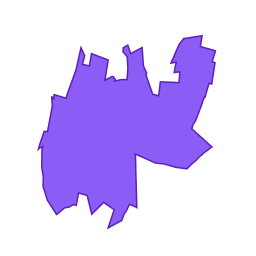 Bustamante, Tamaulipas, Mexico, rotated 188°
{"feature_id": "50627088B16485273598132", "entity_name": "Bustamante", "entity_type": "district", "adm_level": 2, "iso_a3": "MEX", "parent_name": "Mexico", "parent_adm1": "Tamaulipas", "projection": "equal_earth", "projection_center": [-99.943, 23.324], "detail": "fine", "context": "isolated", "style": "filled", "palette": "violet", "viewbox_px": 256, "rotation_deg": 188, "n_neighbors": 0, "source": "geoboundaries", "source_scale": "gbopen_adm2", "svg_char_len": 2210}
<svg xmlns="http://www.w3.org/2000/svg" viewBox="0 0 256 256"><g transform="rotate(188 128 128)"><path d="M56.0,169.3L54.0,183.6L51.2,183.2L51.2,183.9L50.9,204.8L53.9,205.4L52.9,211.5L52.1,216.6L54.0,216.9L55.1,217.0L56.2,217.2L56.3,217.2L57.0,217.3L57.9,217.4L58.0,217.4L58.5,217.5L59.3,217.6L59.5,217.6L59.8,217.6L60.0,217.7L60.3,217.7L60.9,217.8L67.7,218.8L67.5,229.7L83.5,224.8L85.2,224.4L86.7,221.9L89.1,217.7L92.1,206.8L92.2,206.6L92.6,205.1L92.4,204.7L92.7,203.8L93.4,202.1L93.6,201.6L94.1,199.9L94.5,198.2L91.9,199.1L89.9,199.8L89.5,199.9L89.5,199.2L89.6,197.1L89.7,195.5L90.0,189.4L84.6,190.8L84.2,186.6L84.1,184.4L83.9,180.0L84.9,179.9L86.0,179.8L90.7,179.4L92.4,179.2L96.9,178.7L98.1,178.7L100.2,178.4L102.4,178.2L102.2,168.9L102.2,164.2L108.3,164.9L117.9,183.7L117.1,184.9L121.4,191.7L125.2,209.6L135.7,202.0L139.7,210.0L143.9,206.8L143.6,202.8L138.5,198.3L138.2,196.0L136.4,186.7L135.7,175.8L141.2,175.0L141.5,175.0L147.6,172.7L147.4,174.6L148.9,175.3L149.0,176.4L150.9,176.9L157.5,172.0L157.1,192.6L174.5,196.6L174.5,194.2L174.6,192.0L174.9,184.2L181.9,184.6L181.0,193.5L185.7,201.0L187.6,178.1L192.8,153.6L193.4,148.9L205.8,150.7L205.7,146.5L206.4,146.4L208.0,148.8L206.1,139.8L206.1,139.6L206.1,137.1L206.3,132.9L207.2,113.3L210.5,113.0L213.1,99.7L213.7,94.7L213.3,95.2L212.9,95.8L209.6,97.7L210.2,94.9L207.9,77.1L205.0,67.4L204.0,58.4L197.8,45.3L186.7,32.4L185.3,33.8L179.8,40.0L175.1,41.6L171.5,44.5L168.5,44.2L167.9,56.8L160.6,55.8L159.9,55.7L159.1,55.6L151.9,37.6L141.8,50.9L130.3,45.2L133.8,26.3L121.3,35.6L120.0,41.8L118.0,46.0L117.1,48.9L115.9,52.7L108.8,50.7L108.2,50.4L108.7,53.6L113.9,84.2L114.7,89.1L115.0,90.9L115.0,91.2L116.1,97.8L117.1,103.2L112.8,102.0L112.4,101.9L101.3,98.7L96.6,97.3L95.1,97.2L94.9,97.2L93.3,97.2L92.3,97.2L91.9,97.2L88.7,97.4L87.7,97.5L80.3,96.4L79.0,96.2L75.0,95.7L63.9,95.8L60.0,101.1L56.0,105.5L53.8,108.8L53.5,109.1L52.7,110.0L52.3,110.5L51.9,110.9L51.2,111.5L50.4,112.8L48.8,114.5L45.9,117.3L42.3,121.0L43.5,121.7L44.0,122.1L44.5,122.4L45.7,123.2L47.4,124.4L48.0,124.8L48.7,125.3L55.3,129.7L59.9,132.8L61.4,133.9L64.7,136.0L64.1,140.4L62.1,144.5L59.2,157.3L56.8,168.8L56.7,169.5L56.0,169.3Z" fill="#8b5cf6" stroke="#5b21b6" stroke-width="1.5"/></g></svg>